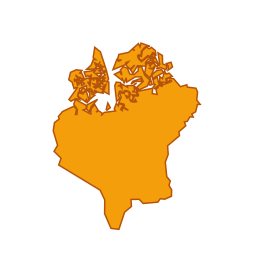 San Lorenzo, Valle, Honduras (orthographic projection), rotated 154°
{"feature_id": "27666195B73827570061080", "entity_name": "San Lorenzo", "entity_type": "district", "adm_level": 2, "iso_a3": "HND", "parent_name": "Honduras", "parent_adm1": "Valle", "projection": "orthographic", "projection_center": [-87.426, 13.441], "detail": "fine", "context": "isolated", "style": "filled", "palette": "amber", "viewbox_px": 256, "rotation_deg": 154, "n_neighbors": 0, "source": "geoboundaries", "source_scale": "gbopen_adm2", "svg_char_len": 6007}
<svg xmlns="http://www.w3.org/2000/svg" viewBox="0 0 256 256"><g transform="rotate(154 128 128)"><path d="M187.3,45.2L180.6,40.9L168.0,53.8L159.3,56.0L156.6,62.5L149.2,59.0L147.4,53.5L133.7,48.3L130.0,50.3L126.2,47.9L118.9,47.6L115.9,53.2L116.3,58.5L113.2,61.9L114.5,67.2L109.5,80.9L103.4,86.7L100.2,94.7L85.1,98.5L83.9,102.3L75.1,104.7L74.6,108.8L71.8,108.0L67.4,110.9L64.6,109.2L64.5,112.6L60.1,112.9L55.3,118.7L52.8,117.6L54.0,123.0L49.7,129.8L49.5,134.0L56.8,138.8L56.2,141.1L62.7,142.1L65.4,152.2L69.9,155.4L72.3,154.6L72.3,151.5L69.3,152.7L68.2,151.7L68.5,150.7L76.1,151.3L80.3,155.0L80.1,154.1L78.2,151.7L78.2,151.0L79.3,150.6L81.3,152.7L83.8,150.9L85.9,150.8L87.1,145.4L91.1,148.3L88.4,152.9L102.4,156.5L103.7,162.5L104.1,153.0L105.3,152.4L108.0,154.1L112.2,150.6L111.0,149.1L108.9,150.4L108.9,147.9L111.2,148.7L113.6,150.4L114.0,153.9L112.9,150.2L109.4,153.7L109.7,156.1L104.9,153.0L105.1,156.8L108.4,158.9L105.8,158.5L103.9,163.6L110.3,166.5L110.6,164.8L114.3,170.2L116.1,166.1L116.7,169.5L119.0,170.2L115.6,169.8L114.8,172.1L118.5,174.4L121.3,171.9L126.6,156.9L122.3,158.2L122.4,161.4L119.7,164.7L118.6,164.6L116.3,161.3L115.1,163.0L113.4,162.6L111.3,160.6L110.6,158.3L113.0,155.1L115.8,155.2L115.9,158.1L113.2,155.5L111.4,159.8L114.3,162.5L116.3,160.7L120.2,163.6L120.7,158.4L125.4,154.8L121.3,151.3L121.3,149.9L123.7,148.6L122.0,147.5L119.9,143.7L124.3,148.9L125.5,146.2L126.5,147.9L121.6,151.2L125.9,153.5L127.1,152.1L127.7,155.2L132.0,151.2L131.8,148.8L142.5,152.4L146.9,150.8L144.3,152.1L147.0,156.5L149.8,156.2L147.1,157.2L147.6,163.6L152.8,161.5L155.3,156.9L160.4,163.8L156.8,163.6L155.7,166.8L162.8,176.7L166.3,173.2L165.5,166.6L167.9,162.6L169.3,163.2L165.9,167.4L167.2,171.3L179.6,171.5L185.5,168.9L185.9,166.2L191.7,165.1L196.4,158.3L198.9,143.3L204.7,139.4L201.4,130.2L206.5,125.1L180.3,84.4L180.4,73.6L186.6,61.2L187.3,45.2ZM143.4,172.0L145.5,174.3L144.8,177.5L143.8,178.3L143.7,174.5L141.4,175.1L141.9,177.0L140.3,175.0L143.2,173.7L139.9,173.8L134.6,169.8L135.5,171.6L131.7,174.6L134.8,174.4L136.6,178.4L139.6,177.8L141.3,180.7L139.5,179.3L138.6,180.9L138.6,181.5L140.0,182.5L140.1,183.2L138.2,181.7L138.9,179.2L137.6,178.9L134.5,185.8L137.0,187.2L138.2,185.4L137.5,187.5L139.9,188.2L143.7,182.6L144.1,187.3L143.0,185.5L140.5,188.3L142.8,190.8L148.4,190.4L148.7,187.5L147.0,187.2L149.1,186.5L150.9,186.5L149.9,189.6L154.6,188.5L153.9,193.1L152.5,189.4L148.1,191.5L151.5,191.8L152.5,193.9L155.5,193.5L155.2,194.8L154.4,195.4L154.0,194.1L152.5,194.2L151.4,192.9L150.7,192.9L152.0,197.7L151.6,198.1L150.1,194.4L148.3,194.9L149.7,193.6L145.6,191.8L145.6,198.0L145.9,198.4L146.8,198.1L147.3,198.5L144.2,199.9L149.0,203.0L155.3,203.2L160.1,197.3L158.2,193.7L159.2,187.1L156.6,187.2L155.8,186.5L168.6,179.5L167.5,177.1L162.1,177.3L158.8,174.4L159.3,178.9L156.9,181.8L153.9,180.0L155.7,182.0L154.3,184.5L146.8,184.3L148.3,180.7L145.0,180.1L144.7,179.4L146.6,179.7L146.1,177.9L147.9,179.5L147.1,176.1L149.5,170.5L143.4,172.0ZM79.5,181.0L73.7,179.3L79.3,183.4L86.7,181.7L88.2,185.6L87.8,188.6L86.2,189.2L84.4,187.2L82.5,191.0L77.8,193.2L75.5,193.2L72.4,191.8L79.1,198.6L81.7,195.6L81.6,199.3L88.9,197.3L88.1,194.6L89.6,197.0L94.3,195.7L104.0,198.1L107.8,193.7L103.9,192.0L107.4,192.1L108.1,194.4L116.0,187.0L102.9,186.1L101.2,187.7L98.5,187.4L102.3,185.7L100.4,180.0L94.3,181.6L100.2,179.1L99.7,175.0L92.1,179.8L85.0,175.8L83.4,179.3L79.5,181.0ZM87.3,161.5L89.8,168.0L88.9,177.1L92.1,178.2L93.8,174.9L99.3,173.4L102.7,175.6L102.3,181.9L105.3,185.2L109.5,183.4L109.6,180.6L110.5,178.3L110.7,182.3L116.7,182.2L112.7,173.9L111.6,175.0L111.7,170.3L107.6,173.8L109.2,169.8L98.9,170.7L93.8,168.2L93.9,163.2L102.0,160.9L101.4,157.5L92.3,157.2L87.3,161.5ZM122.2,189.0L119.4,208.5L122.5,215.1L128.5,206.5L127.1,203.7L129.1,204.8L133.8,200.5L139.5,198.9L132.6,195.8L129.5,196.7L129.4,201.2L126.8,198.0L123.8,200.0L127.0,197.5L129.2,199.4L126.5,194.1L126.0,196.1L124.3,197.3L125.7,196.1L122.4,193.4L125.2,194.5L125.8,189.4L124.4,189.7L122.2,189.0ZM131.8,181.4L133.4,183.2L132.6,184.9L126.9,188.5L131.6,187.0L133.4,191.2L127.5,188.7L128.9,192.2L127.1,191.3L127.2,193.3L129.7,195.3L134.9,192.6L132.7,194.4L142.9,197.6L143.4,192.6L141.2,192.8L140.3,190.0L139.8,191.5L137.9,191.6L139.5,188.9L133.4,186.5L136.1,179.3L131.8,181.4ZM122.4,188.2L125.9,188.5L125.4,185.6L128.2,185.3L127.8,183.0L125.8,183.3L129.0,182.0L128.1,180.3L130.9,181.0L131.3,177.9L132.2,180.5L135.4,178.2L132.4,175.6L130.8,176.7L128.7,176.8L133.9,171.6L130.3,166.7L125.1,177.8L126.7,178.7L124.0,180.5L122.4,188.2ZM72.8,185.0L71.5,183.6L71.1,180.6L69.5,185.6L71.6,190.2L74.2,189.9L76.0,192.7L81.4,191.1L84.6,186.4L86.7,188.6L87.6,185.2L86.0,182.4L78.5,184.4L76.6,182.5L72.8,185.0ZM83.3,172.7L79.6,170.8L75.7,172.4L76.4,175.1L80.5,174.9L80.7,173.2L81.3,174.7L78.6,176.1L83.6,177.6L88.9,169.9L86.3,163.3L77.5,170.7L80.4,170.5L83.3,172.7ZM150.7,169.8L149.3,180.1L151.6,178.9L152.7,179.4L149.1,180.6L150.3,183.6L153.7,182.3L153.7,178.6L157.0,181.4L159.1,178.4L154.2,169.5L154.0,171.1L152.7,171.9L152.8,169.1L150.7,169.8ZM68.8,170.4L65.3,178.1L68.1,182.4L71.6,171.2L75.1,171.4L74.8,169.2L76.7,168.8L71.7,167.5L68.3,163.7L65.7,167.1L68.8,170.4ZM67.1,159.4L70.1,159.7L70.1,163.1L75.4,157.2L76.9,160.4L79.3,155.5L73.5,152.0L72.4,155.7L65.6,155.1L67.1,159.4ZM77.3,167.0L83.2,165.3L84.3,161.8L71.6,162.2L72.3,165.7L77.3,167.0ZM80.7,154.8L79.5,161.1L84.4,160.4L85.6,155.2L83.9,155.2L87.4,153.8L86.8,151.7L81.2,153.2L78.5,151.4L80.7,154.8ZM154.7,166.7L157.1,162.8L155.6,159.7L151.4,163.5L142.8,167.1L154.7,166.7ZM94.7,166.9L103.3,167.9L106.0,166.2L101.0,166.6L95.1,163.8L94.7,166.9ZM72.7,171.4L72.4,184.1L75.3,182.1L73.2,179.2L76.3,178.2L72.7,171.4ZM60.5,168.2L65.3,169.1L64.6,166.1L66.8,162.4L61.3,163.3L60.5,168.2ZM77.5,179.2L82.7,178.2L76.5,175.7L77.5,179.2ZM135.2,159.3L139.4,154.3L139.1,153.2L135.0,154.0L135.2,159.3ZM86.5,161.6L90.3,158.2L89.5,156.8L87.1,156.5L86.5,161.6ZM128.9,185.3L132.3,183.9L131.8,181.9L129.4,181.6L128.9,185.3ZM100.5,164.5L102.9,164.6L103.5,164.1L100.5,164.5Z" fill="#f59e0b" stroke="#b45309" stroke-width="1.5"/></g></svg>